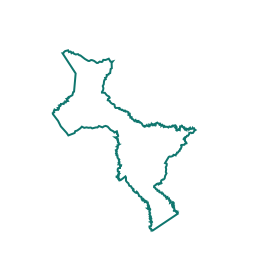 the district of Ou Reang, Môndól Kiri, Cambodia, rotated 236°
{"feature_id": "14789045B75407950785126", "entity_name": "Ou Reang", "entity_type": "district", "adm_level": 2, "iso_a3": "KHM", "parent_name": "Cambodia", "parent_adm1": "Môndól Kiri", "projection": "mercator", "projection_center": [107.115, 12.328], "detail": "fine", "context": "isolated", "style": "outline", "palette": "teal", "viewbox_px": 256, "rotation_deg": 236, "n_neighbors": 0, "source": "geoboundaries", "source_scale": "gbopen_adm2", "svg_char_len": 5820}
<svg xmlns="http://www.w3.org/2000/svg" viewBox="0 0 256 256"><g transform="rotate(236 128 128)"><path d="M88.6,182.8L89.9,182.3L90.7,182.6L91.0,181.8L92.0,181.7L91.5,180.9L92.1,179.5L93.4,179.6L92.7,177.8L93.5,178.1L93.6,176.9L94.6,176.2L93.8,175.5L94.6,175.4L94.5,174.4L95.2,174.3L95.6,175.3L96.7,174.3L97.3,174.9L98.6,173.6L99.6,174.1L99.9,173.9L99.7,173.2L100.2,172.1L97.4,169.8L98.5,169.3L98.1,168.8L98.8,168.1L98.5,167.1L99.1,166.8L100.4,167.9L101.2,167.4L102.1,167.4L101.8,168.8L103.7,168.8L104.5,167.1L104.3,166.1L105.1,166.0L104.8,164.1L106.2,163.1L105.8,161.8L107.2,161.1L107.9,159.8L108.5,159.6L108.7,158.2L109.4,158.2L109.0,158.7L109.7,159.1L110.4,158.2L111.3,158.2L111.2,157.0L111.9,157.6L112.8,156.1L113.7,156.9L114.5,155.7L116.1,155.3L116.3,153.3L115.9,153.5L115.3,152.9L115.9,152.7L116.2,151.9L115.6,151.6L117.0,150.9L116.3,150.2L116.6,149.7L118.0,149.7L117.7,149.4L118.2,148.5L117.6,147.3L118.8,147.2L117.9,146.0L119.2,145.1L119.9,145.2L119.7,144.3L120.2,143.4L119.6,143.1L119.8,142.5L120.5,142.7L120.7,142.0L121.7,141.7L124.0,141.9L126.0,141.3L126.2,140.6L127.0,140.6L127.4,139.8L128.1,140.5L128.8,139.5L128.7,138.6L129.5,138.8L129.9,138.2L130.3,138.4L130.2,137.2L132.2,137.1L133.3,136.4L134.6,136.9L134.6,136.3L135.1,135.9L135.4,136.6L135.9,136.1L137.0,136.5L138.2,136.0L138.0,136.9L138.5,137.2L138.7,136.4L139.3,137.2L140.0,136.6L140.9,137.1L142.5,136.2L142.8,135.5L143.8,135.3L143.6,134.9L144.3,134.8L144.5,134.0L146.3,133.5L146.5,132.7L147.8,132.3L148.2,131.7L148.8,132.0L149.0,131.5L149.6,131.9L151.6,128.9L152.9,128.9L154.8,129.8L156.0,129.4L156.4,128.7L157.7,128.1L159.6,127.7L160.6,128.0L162.3,126.7L163.2,127.6L163.3,129.7L164.5,129.9L167.1,128.7L170.1,128.5L171.9,126.2L172.4,126.5L173.3,128.5L174.8,129.9L176.9,130.5L177.8,132.3L180.2,134.3L181.1,135.6L180.9,136.8L182.3,137.1L182.0,137.8L182.6,139.2L183.9,140.0L183.2,141.7L183.7,142.5L183.5,143.9L186.6,146.6L186.6,148.0L191.1,150.8L191.7,152.5L192.0,151.5L192.8,150.6L196.2,150.8L196.9,147.5L198.3,145.6L197.3,143.8L197.6,142.9L198.9,141.6L198.8,139.4L199.4,138.5L202.4,137.5L204.1,136.4L205.0,135.4L205.2,133.4L205.8,132.6L209.3,130.9L214.8,129.1L215.5,128.3L217.1,127.9L218.3,125.7L219.9,124.7L221.4,124.7L221.6,123.0L223.1,123.3L223.6,123.0L224.0,121.5L225.9,121.8L226.9,119.0L226.7,117.2L226.1,116.2L226.5,115.5L202.5,115.1L188.3,103.6L188.4,102.6L186.3,100.2L186.7,96.3L186.2,96.2L186.0,94.9L186.6,95.1L186.3,94.2L186.5,93.5L185.9,93.6L185.8,94.0L185.5,93.3L184.0,93.3L184.6,92.0L184.2,91.1L184.8,90.8L184.2,90.4L184.9,89.6L183.9,88.1L184.8,87.3L184.9,86.4L185.4,85.8L184.8,85.3L185.1,84.1L184.4,84.5L184.1,84.2L184.4,83.1L183.1,81.9L183.7,81.1L182.4,81.0L182.1,80.3L183.0,79.1L183.2,78.0L184.4,77.4L183.3,75.7L182.3,75.5L182.4,73.9L181.5,73.5L173.0,74.0L166.9,73.2L158.3,74.4L155.2,74.4L153.7,80.9L154.9,82.5L154.3,84.4L154.4,88.2L154.9,90.5L152.6,91.8L151.7,94.0L150.3,95.3L149.2,97.4L147.7,98.1L146.4,101.8L145.5,103.0L145.9,105.0L142.8,107.2L142.8,109.0L142.2,110.7L140.5,111.9L136.2,112.5L133.3,114.1L131.9,114.2L131.5,116.9L130.5,116.6L130.5,116.0L129.0,115.6L128.6,116.0L126.9,115.4L126.6,114.6L126.9,112.8L127.4,112.1L125.1,112.9L124.2,112.6L124.2,113.2L122.9,112.6L123.9,112.2L122.7,112.4L121.6,111.6L120.7,112.0L119.7,111.1L119.3,111.5L119.3,110.4L119.0,110.0L119.4,109.6L118.7,109.1L118.7,108.4L118.0,108.9L117.3,108.5L116.4,106.9L116.4,105.6L115.2,105.7L115.2,105.1L114.2,104.9L113.7,103.8L112.9,103.7L112.7,104.1L111.9,103.3L111.2,103.9L110.9,103.4L110.0,103.3L109.3,102.7L106.9,103.1L106.8,102.5L105.1,102.1L104.7,101.0L104.2,101.1L103.9,100.7L103.9,101.4L102.1,100.3L101.0,101.5L100.4,100.9L100.5,99.9L99.3,99.0L100.1,97.6L99.6,96.4L97.7,95.3L96.7,96.1L96.1,95.4L95.1,95.5L95.2,94.2L93.9,92.4L94.2,91.4L93.7,91.1L93.0,91.6L93.1,93.0L92.2,92.1L90.8,92.4L89.8,91.8L90.1,91.5L89.5,91.5L89.6,92.4L88.9,92.7L89.3,98.8L88.2,98.7L85.4,96.8L83.6,96.9L82.0,97.4L79.4,96.8L77.8,98.0L76.5,97.6L74.4,98.4L73.9,98.2L73.9,97.4L73.2,97.3L70.2,98.1L69.6,98.6L70.2,99.6L69.2,99.8L66.5,99.6L65.6,99.1L63.4,100.5L61.8,99.8L61.3,100.8L60.5,101.0L60.3,99.5L60.0,99.4L59.1,100.0L58.6,101.3L57.9,101.8L57.1,100.8L56.5,102.3L55.7,101.9L55.1,102.7L54.5,102.2L53.3,102.1L53.1,101.3L52.7,101.4L51.6,100.7L51.8,101.6L51.5,101.8L50.4,101.1L49.9,100.0L50.4,99.1L49.1,99.5L48.9,101.0L48.2,101.0L46.6,98.8L45.1,98.8L44.6,97.5L43.4,97.6L42.6,96.6L41.9,97.3L41.1,95.9L40.4,96.8L39.7,96.6L39.7,95.2L37.5,95.4L37.7,94.0L36.4,94.8L36.1,93.9L34.9,93.5L33.9,92.4L34.4,90.7L33.7,90.3L32.5,90.0L31.8,90.7L30.2,90.2L30.4,90.8L29.2,91.1L29.1,121.1L29.5,121.0L30.1,122.0L30.5,121.5L31.0,121.9L31.1,121.0L32.1,120.9L31.9,121.5L32.2,121.5L33.4,120.1L33.6,120.5L34.0,120.1L34.6,121.0L36.2,121.7L36.2,121.2L36.9,120.9L37.1,121.7L37.8,121.3L38.1,122.2L38.9,121.2L39.8,121.6L39.6,122.3L40.1,122.6L39.3,123.2L40.2,124.0L40.9,124.0L41.4,123.8L40.9,122.8L42.2,122.4L42.4,121.0L44.1,122.6L44.9,122.3L45.0,121.7L46.7,122.6L47.5,120.9L48.0,121.7L48.8,122.1L49.3,120.6L51.0,121.1L51.7,120.2L54.2,120.3L54.5,119.5L55.7,119.9L55.9,119.2L57.2,118.1L58.0,118.7L58.9,118.6L59.4,117.3L60.8,117.7L61.6,117.0L63.1,117.1L64.3,116.5L64.8,116.8L65.4,117.5L65.2,118.9L65.6,120.4L65.2,121.9L64.1,121.7L64.0,122.7L64.4,123.6L63.9,123.9L64.3,124.2L63.8,124.9L64.8,125.2L65.9,126.2L65.9,128.0L65.4,128.6L65.7,130.1L67.6,132.1L68.9,134.6L70.3,134.7L72.5,136.6L74.4,137.4L75.1,138.9L76.3,139.9L76.8,140.1L78.2,139.1L81.2,145.5L81.2,146.4L80.3,147.5L79.7,149.4L80.3,150.7L78.7,152.2L79.4,152.8L79.3,153.8L80.2,154.9L79.7,155.8L80.4,157.2L80.2,158.1L81.3,159.1L81.1,159.8L82.5,162.0L83.8,162.2L84.1,162.7L82.6,165.4L83.1,166.5L82.6,167.9L83.4,168.2L85.2,167.9L86.1,168.5L87.5,167.8L88.1,168.4L88.3,169.6L87.8,169.9L88.4,170.5L88.0,171.4L88.6,172.5L88.0,173.5L88.8,175.4L89.6,176.0L89.1,177.5L88.2,177.8L87.6,179.3L88.6,181.3L88.6,182.8Z" fill="none" stroke="#0f766e" stroke-width="2"/></g></svg>